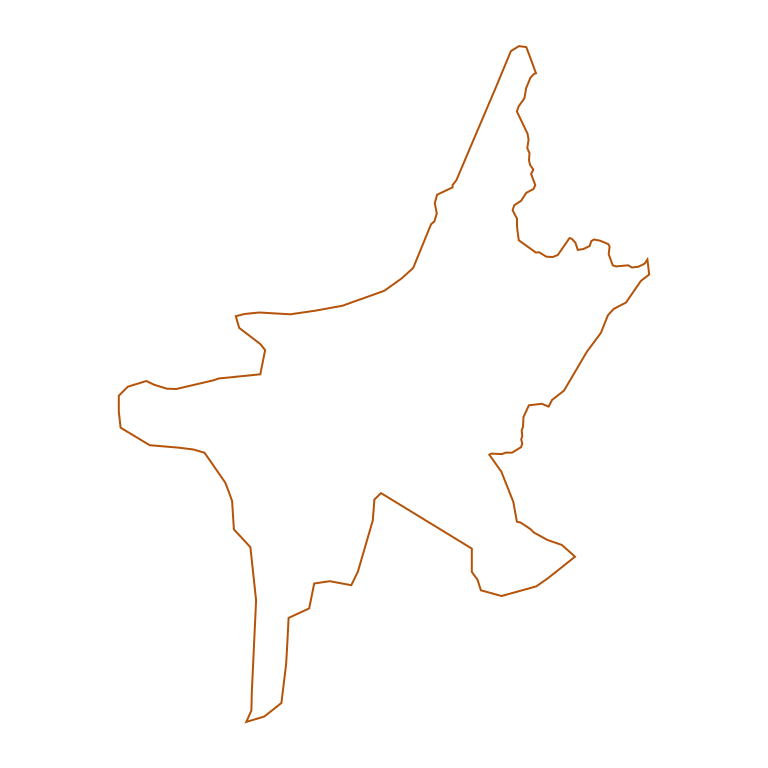 outline of Kisangani, Orientale, Democratic Republic of the Congo
{"feature_id": "63176286B93910554563220", "entity_name": "Kisangani", "entity_type": "district", "adm_level": 2, "iso_a3": "COD", "parent_name": "Democratic Republic of the Congo", "parent_adm1": "Orientale", "projection": "albers", "projection_center": [25.29, 0.544], "detail": "fine", "context": "isolated", "style": "outline", "palette": "amber", "viewbox_px": 768, "rotation_deg": 0, "n_neighbors": 0, "source": "geoboundaries", "source_scale": "gbopen_adm2", "svg_char_len": 2683}
<svg xmlns="http://www.w3.org/2000/svg" viewBox="0 0 768 768"><path d="M519.0,46.1L510.9,51.1L495.9,87.3L473.7,139.4L463.1,164.4L456.4,180.2L452.6,185.0L452.6,185.5L452.6,187.4L448.7,189.2L437.1,194.7L436.9,195.4L434.8,203.1L436.4,211.5L436.8,213.4L435.7,217.0L434.4,221.4L431.7,223.7L431.1,224.2L413.2,267.9L401.8,278.3L384.4,290.7L381.4,291.8L360.8,299.2L356.7,300.6L342.6,305.7L315.2,310.7L292.3,314.0L290.4,314.3L259.1,312.5L244.4,314.0L235.8,316.2L239.2,327.9L260.5,344.2L265.1,350.1L262.5,363.3L260.3,374.3L218.6,378.5L213.9,380.2L176.3,389.0L166.9,388.7L154.0,384.7L146.4,381.0L127.8,386.7L118.8,395.7L118.8,411.7L120.6,427.7L149.7,445.2L179.1,447.7L193.4,449.5L204.5,452.7L215.4,468.4L225.3,482.7L228.9,492.1L232.1,501.1L233.9,529.4L250.4,547.2L256.1,600.4L251.8,692.4L251.4,710.5L246.3,721.9L264.3,716.5L277.6,706.0L281.4,703.0L286.1,664.4L286.9,650.8L287.6,637.7L288.6,617.9L309.2,608.4L314.2,583.5L329.8,581.2L351.3,585.2L357.9,571.6L372.8,520.4L374.4,499.5L381.0,493.1L417.5,515.4L425.2,520.1L471.8,548.6L471.8,571.9L477.6,579.9L480.9,590.3L501.5,596.0L536.2,586.4L547.7,578.4L565.2,564.5L575.0,556.7L574.4,556.1L561.9,545.0L547.8,540.1L546.4,539.4L534.0,532.6L530.7,529.3L520.7,522.6L516.9,521.7L513.3,501.9L501.4,471.8L489.3,454.7L491.0,453.8L491.5,453.6L501.8,454.1L504.0,453.3L505.8,452.6L506.9,452.6L508.0,452.6L508.4,452.7L511.7,452.7L512.0,452.7L521.0,447.2L522.3,443.6L521.3,439.9L521.2,439.4L521.6,438.1L522.3,436.3L521.9,432.6L521.7,430.3L523.0,426.8L523.1,424.9L523.5,417.0L528.9,405.3L539.2,404.1L541.8,403.8L542.5,404.1L548.6,406.6L549.0,405.9L552.1,399.9L557.6,395.6L564.0,390.6L586.9,351.7L600.9,332.9L607.9,315.3L613.7,308.9L626.1,302.5L630.0,296.7L640.9,280.9L649.2,274.5L647.4,259.5L645.4,262.5L644.7,263.6L642.3,264.8L638.5,266.7L632.0,267.5L628.3,265.4L628.2,265.3L616.2,266.4L612.8,265.4L612.1,263.6L610.7,259.8L608.9,254.8L608.7,254.1L609.6,246.7L608.3,244.1L601.8,241.4L600.4,240.8L599.7,240.6L593.9,239.5L591.2,241.2L590.8,242.5L589.7,246.0L587.0,247.3L583.5,249.0L581.1,249.4L577.8,249.9L575.4,242.7L572.4,239.4L571.7,238.7L569.5,238.1L557.8,255.0L552.8,257.0L548.7,256.8L546.4,256.7L545.4,256.1L542.0,254.0L539.2,252.3L537.6,252.4L535.7,252.5L533.3,250.7L518.8,240.3L517.6,231.7L517.0,225.8L517.0,218.7L512.6,210.2L514.3,205.2L521.2,200.7L526.2,192.9L531.2,190.2L533.5,189.0L535.3,185.1L531.1,174.0L533.3,169.6L530.1,165.0L529.9,164.2L529.0,160.2L529.5,153.3L527.3,148.1L528.6,139.4L528.3,138.2L527.6,133.9L525.5,129.4L524.0,126.3L521.4,120.9L516.9,111.5L517.3,110.2L518.7,106.3L520.5,103.7L524.4,98.3L525.8,90.2L526.2,88.0L530.5,77.6L534.0,73.9L536.0,73.3L529.9,56.7L526.3,47.1L519.0,46.1Z" fill="none" stroke="#b45309" stroke-width="2"/></svg>